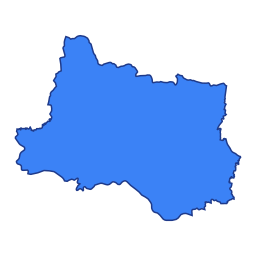 Dong Trieu, Quảng Ninh, Vietnam (orthographic projection)
{"feature_id": "81297802B3249391660958", "entity_name": "Dong Trieu", "entity_type": "district", "adm_level": 2, "iso_a3": "VNM", "parent_name": "Vietnam", "parent_adm1": "Quảng Ninh", "projection": "orthographic", "projection_center": [106.583, 21.119], "detail": "fine", "context": "isolated", "style": "filled", "palette": "blue", "viewbox_px": 256, "rotation_deg": 0, "n_neighbors": 0, "source": "geoboundaries", "source_scale": "gbopen_adm2", "svg_char_len": 5788}
<svg xmlns="http://www.w3.org/2000/svg" viewBox="0 0 256 256"><path d="M27.9,173.7L28.9,174.0L30.9,174.3L37.8,172.8L44.0,170.5L49.2,170.8L53.9,171.6L55.1,172.3L61.3,176.7L62.6,177.8L63.8,179.3L64.5,180.9L67.2,181.3L69.0,180.2L71.6,179.2L73.3,179.6L74.0,180.1L74.5,180.1L77.1,178.3L77.8,178.3L78.2,179.0L77.3,182.0L77.4,182.7L78.0,183.3L79.4,183.6L79.9,183.9L78.0,185.6L76.5,188.3L76.3,189.5L76.6,190.2L77.0,190.4L77.8,190.2L79.2,189.0L80.1,188.7L81.0,189.0L81.9,189.6L82.8,190.7L83.2,190.6L83.5,190.0L83.3,189.1L83.4,187.7L83.5,187.4L84.4,186.7L85.1,186.8L86.6,188.4L90.2,189.3L90.7,189.2L91.4,189.0L94.0,186.6L94.9,185.1L100.4,183.3L102.1,183.3L106.2,184.6L107.8,184.8L109.5,184.3L112.5,181.9L113.6,181.8L115.7,182.5L118.0,184.4L119.6,184.5L120.3,184.1L122.1,182.1L123.1,181.4L124.8,180.8L125.4,180.8L127.0,181.7L130.7,185.4L135.8,189.3L139.1,192.0L141.7,195.0L145.5,197.1L148.1,198.9L150.2,201.7L151.3,203.6L151.6,204.7L151.7,208.1L152.3,209.9L153.5,211.6L154.8,212.3L157.5,213.0L160.0,215.2L163.1,219.0L164.5,219.9L166.1,220.3L172.2,220.3L176.1,219.4L178.2,218.0L180.9,214.6L183.4,213.6L185.6,213.4L187.0,213.7L192.1,215.5L191.8,210.8L192.0,210.2L192.6,209.5L195.2,209.2L197.0,208.2L198.6,209.6L199.2,209.7L201.7,208.7L204.8,209.6L204.3,207.7L204.5,207.0L205.4,206.2L205.5,205.8L205.2,204.7L205.7,203.1L205.2,202.6L205.3,202.1L206.3,201.9L207.8,202.4L208.5,202.1L211.1,203.1L211.1,201.7L210.9,200.4L211.8,199.4L212.9,199.5L213.9,200.5L214.4,200.6L215.9,200.1L216.3,200.2L216.6,200.7L217.4,201.3L220.1,202.1L220.9,203.6L226.7,203.5L227.5,202.4L227.2,202.0L227.3,201.6L229.8,199.9L231.1,199.6L232.5,198.6L232.8,198.5L233.3,198.9L234.0,199.1L234.0,197.3L233.0,196.4L232.0,194.3L231.4,193.8L231.8,192.2L231.5,190.8L230.3,189.7L229.8,188.8L229.8,188.3L231.1,187.0L231.6,185.4L231.9,183.4L229.3,182.6L229.1,181.8L229.7,181.5L229.4,180.8L229.6,179.6L229.9,179.0L229.8,178.4L230.2,178.1L230.9,178.2L230.8,177.5L231.2,177.4L231.4,176.8L231.8,176.9L232.8,177.9L233.8,177.9L234.4,176.3L233.8,175.9L233.8,175.6L234.3,174.9L234.2,174.5L233.3,173.5L233.3,173.2L234.0,170.9L234.5,170.7L235.4,170.7L235.7,169.8L235.7,167.3L235.2,166.9L235.4,166.0L235.9,165.8L236.1,165.4L235.7,164.2L235.6,163.4L236.0,163.1L237.0,162.9L237.1,163.5L237.9,163.8L238.1,164.4L238.7,164.1L238.4,161.4L238.1,160.7L238.4,160.5L239.1,160.5L239.1,159.6L239.6,158.6L239.6,158.3L240.3,157.8L240.6,157.2L240.3,156.5L239.4,156.3L237.4,155.2L235.7,153.7L232.5,152.1L231.3,150.8L230.0,148.2L227.5,144.4L226.8,142.5L225.9,138.9L225.6,138.8L225.1,139.3L224.8,139.2L224.2,138.5L223.7,138.7L223.2,139.4L223.1,140.3L222.8,140.4L222.1,140.4L220.2,139.8L220.6,137.9L220.4,137.0L220.5,133.6L220.2,132.8L220.4,131.5L220.0,130.2L220.8,129.9L220.9,128.9L219.9,128.3L217.6,129.5L217.4,129.4L217.9,127.7L219.4,125.0L222.2,121.6L222.2,120.9L221.5,119.5L221.7,118.9L222.4,118.6L223.6,119.0L223.8,118.6L223.3,117.0L223.3,116.2L225.4,115.4L226.2,114.4L225.1,113.7L225.2,112.9L225.1,112.3L225.5,110.6L225.4,110.0L224.3,109.7L224.1,109.2L224.6,108.7L224.8,106.4L225.4,105.7L225.4,105.1L226.0,104.2L224.6,103.1L224.4,102.5L224.9,101.6L224.7,100.7L224.9,100.0L224.6,99.5L225.2,98.8L224.9,97.4L226.5,85.8L225.6,85.5L223.9,83.5L223.4,83.3L220.8,83.9L216.5,85.5L213.6,85.0L211.9,85.8L210.9,86.0L210.1,85.2L209.3,83.5L208.5,82.9L206.2,83.2L202.1,83.1L196.4,81.6L193.6,80.5L192.4,80.6L190.4,79.8L188.3,80.1L186.9,79.8L183.9,78.2L183.3,77.7L182.2,75.8L179.7,75.3L178.1,74.3L177.7,74.3L177.0,75.4L175.9,76.1L176.0,76.5L177.1,78.0L177.5,78.8L177.4,81.3L177.2,82.6L176.3,84.3L175.7,84.9L175.1,84.8L173.7,82.7L173.2,82.3L172.4,82.0L170.6,81.8L169.4,81.9L167.9,82.5L166.3,82.6L163.6,82.4L160.7,81.6L159.3,82.2L156.8,82.0L153.1,82.7L152.6,82.4L152.4,81.9L152.1,79.2L151.4,77.2L150.5,75.7L149.6,75.1L147.4,75.0L145.7,75.5L140.4,75.7L137.1,76.3L136.0,76.3L135.8,75.9L135.8,74.4L136.5,73.3L137.5,72.1L137.4,71.3L135.1,67.8L133.9,66.9L132.3,66.7L131.3,65.0L130.7,64.6L128.8,64.1L127.9,64.2L126.0,64.7L124.3,65.7L122.5,66.2L121.0,66.3L118.4,67.5L116.8,67.2L116.4,66.7L115.9,65.2L113.9,63.7L112.4,63.7L111.1,62.6L110.4,62.4L109.2,62.5L103.7,64.2L102.3,65.4L100.9,65.2L99.3,64.6L98.2,63.8L97.9,62.9L97.6,60.7L95.9,57.8L95.3,55.5L93.8,53.6L93.3,52.3L91.0,44.1L89.2,42.5L88.9,40.6L87.5,38.2L85.0,36.7L83.9,36.3L80.2,35.7L78.5,36.0L77.2,36.5L74.5,38.6L72.4,38.6L70.7,39.1L69.0,37.7L65.9,36.6L64.7,40.1L64.3,42.1L64.4,45.9L63.4,47.0L63.0,48.1L64.9,55.0L64.9,56.3L64.5,56.9L60.6,57.8L59.9,58.5L60.8,64.3L61.2,70.8L58.6,72.0L57.6,73.3L56.1,73.8L55.9,74.3L56.1,76.4L55.9,76.9L53.9,80.0L53.6,80.7L55.4,82.8L56.4,86.3L54.8,88.0L53.1,90.3L51.3,91.8L50.4,93.4L50.5,95.7L49.6,96.8L48.7,102.0L47.9,104.7L50.4,105.0L51.1,105.4L51.3,105.9L51.7,108.4L51.6,110.9L49.9,114.0L51.7,116.8L51.6,118.2L51.2,118.8L51.1,119.6L50.9,119.7L50.5,118.9L49.8,118.9L49.2,119.4L49.2,119.7L50.2,120.5L50.0,121.2L49.5,121.4L47.8,121.3L47.3,122.1L46.2,122.6L46.0,123.6L45.6,124.1L44.8,123.3L44.2,123.6L44.0,124.8L43.3,124.4L42.5,124.6L42.4,125.0L43.2,125.2L43.4,125.5L42.7,125.9L42.3,126.8L42.3,127.5L42.0,127.9L40.6,128.6L40.0,128.2L39.3,128.7L36.7,128.7L35.9,129.9L34.8,129.8L33.9,130.2L33.1,130.2L33.3,130.9L31.3,130.3L31.2,129.0L30.8,128.5L30.3,127.1L30.0,127.2L29.6,128.4L28.9,128.9L28.1,128.9L27.3,128.2L25.7,128.1L25.6,128.3L26.2,128.9L26.1,129.2L25.9,129.3L24.6,128.5L22.5,128.7L21.0,128.0L20.6,128.4L20.9,129.5L20.7,129.8L20.2,129.6L19.5,128.7L19.0,128.8L18.5,129.5L17.1,129.0L16.6,131.4L17.4,132.6L17.9,134.5L17.5,135.1L15.5,137.0L15.4,138.2L19.2,143.7L20.2,144.7L24.1,147.0L24.6,147.8L24.7,148.7L24.5,149.8L24.2,150.1L21.3,152.2L20.5,153.2L20.0,154.3L19.2,158.3L18.3,159.5L16.6,161.1L16.4,161.8L16.8,162.9L17.3,163.6L17.9,164.0L20.1,164.7L21.1,165.6L21.4,166.5L21.5,169.3L22.1,170.2L23.6,170.3L27.4,170.1L28.0,170.5L28.3,171.6L27.9,173.7Z" fill="#3b82f6" stroke="#1e3a8a" stroke-width="1.5"/></svg>